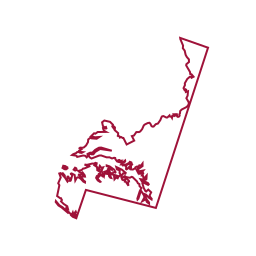 the State of Maryland, rotated 108°
{"feature_id": "USA-3557", "entity_name": "Maryland", "entity_type": "State", "adm_level": 1, "iso_a3": "USA", "parent_name": "United States of America", "parent_adm1": "", "projection": "natural_earth1", "projection_center": [-76.6, 38.826], "detail": "fine", "context": "isolated", "style": "outline", "palette": "rose", "viewbox_px": 256, "rotation_deg": 108, "n_neighbors": 0, "source": "natural_earth", "source_scale": "10m", "svg_char_len": 6028}
<svg xmlns="http://www.w3.org/2000/svg" viewBox="0 0 256 256"><g transform="rotate(108 128 128)"><path d="M202.1,177.3L195.8,176.7L192.5,179.3L191.7,178.1L193.0,175.7L191.8,176.4L191.2,176.0L192.7,173.5L194.6,172.7L197.7,169.0L197.1,168.8L195.4,170.1L193.0,170.5L192.7,170.1L192.7,169.7L194.0,168.7L194.3,168.2L194.0,167.8L196.2,167.0L196.0,166.4L195.4,166.2L190.8,166.4L189.9,166.6L189.5,168.0L189.1,168.2L188.6,167.6L189.2,164.2L194.2,161.9L191.5,161.4L190.6,160.9L190.2,159.8L190.9,157.3L192.8,153.9L193.1,152.1L192.2,152.3L191.7,154.0L189.0,157.2L187.6,161.1L187.4,159.1L186.1,157.4L186.3,156.6L187.6,156.1L187.9,155.2L187.5,153.9L186.3,154.6L184.2,157.6L185.0,158.4L185.1,160.0L184.2,162.0L182.2,159.0L180.5,158.2L179.8,156.8L176.3,152.8L175.7,153.3L176.4,155.9L176.3,157.2L176.0,157.2L175.7,155.6L172.9,151.1L172.3,149.2L171.2,148.2L171.2,146.9L172.7,146.7L173.3,148.5L173.8,148.6L174.7,145.4L177.5,144.2L177.3,143.6L178.0,142.9L177.6,142.0L176.7,141.9L176.2,141.9L175.3,143.3L172.7,143.1L174.1,141.1L173.1,139.5L175.9,139.9L178.5,139.2L177.5,139.9L178.5,140.7L179.3,140.5L180.6,141.6L181.6,141.3L183.4,142.8L185.3,142.9L187.2,140.6L187.9,137.9L187.6,137.6L185.9,140.8L184.7,141.3L181.0,139.5L181.6,137.6L179.7,138.3L178.8,137.9L181.0,136.0L178.2,136.3L177.8,135.6L178.3,134.7L178.1,133.6L176.7,136.6L175.0,134.3L175.4,133.2L176.6,133.4L175.1,131.9L174.2,132.4L173.3,134.4L172.5,134.0L172.2,132.3L172.6,130.9L171.6,131.7L171.6,133.2L170.9,134.2L170.9,136.5L170.2,136.7L170.2,133.6L171.9,128.2L173.9,126.2L174.2,126.3L173.9,127.2L176.1,129.0L176.1,130.2L177.9,132.0L179.8,131.0L180.8,129.4L180.7,128.5L179.1,130.0L177.7,130.3L176.9,128.7L177.2,126.8L181.0,125.0L178.7,124.0L179.0,122.3L178.4,122.2L178.0,123.9L176.8,125.0L176.8,121.7L175.3,120.8L174.5,120.8L173.3,122.2L170.8,122.8L170.8,125.7L168.7,127.1L169.5,121.0L171.4,116.3L172.3,116.4L172.7,118.6L175.9,119.5L176.8,119.2L178.9,117.5L179.1,116.3L178.1,114.8L179.7,114.4L179.4,114.0L182.8,109.7L179.8,111.3L178.7,110.9L179.3,110.1L177.8,110.9L176.1,115.1L176.5,117.2L175.9,117.3L174.7,116.1L175.2,114.7L175.0,112.4L174.7,110.8L173.3,109.4L173.3,108.4L176.0,103.0L177.5,101.5L177.8,99.9L179.7,99.1L181.0,96.7L184.5,97.3L192.2,97.3L193.1,96.8L192.0,96.3L185.5,96.3L184.2,95.5L187.0,92.2L188.7,90.9L193.1,91.7L191.1,89.9L190.6,88.9L192.5,87.2L193.4,84.6L192.3,85.0L190.1,88.2L185.7,92.1L185.8,90.2L187.8,86.7L188.7,83.5L188.0,83.6L186.7,85.6L185.4,86.6L182.0,86.1L180.3,89.7L182.8,91.1L182.7,91.8L180.2,94.5L176.2,97.2L175.4,96.4L175.3,95.3L175.9,91.3L175.1,90.9L174.2,92.0L173.6,96.3L174.5,98.3L172.8,100.3L172.4,97.6L171.5,95.0L170.9,94.7L167.4,95.6L170.4,96.9L170.3,97.9L170.6,97.9L168.7,99.1L168.9,100.1L166.4,99.5L166.1,99.8L167.9,102.5L167.4,103.4L165.5,101.0L163.7,100.3L165.3,103.3L166.5,104.4L167.6,104.4L165.2,106.9L165.4,105.6L164.9,105.4L164.3,106.2L163.0,106.1L163.2,105.0L159.7,102.4L157.3,103.2L159.7,104.0L160.0,105.7L161.2,105.9L162.1,107.9L163.2,108.8L163.8,108.5L166.0,110.5L166.6,112.9L166.0,114.2L165.5,113.0L164.9,112.8L163.0,113.5L162.0,113.1L162.1,113.7L167.0,115.9L167.8,116.6L167.6,117.2L165.4,117.7L164.9,118.7L162.4,116.8L160.5,113.6L159.7,114.2L159.6,115.8L160.9,116.2L163.5,118.8L164.3,120.7L165.1,121.2L164.5,121.9L164.8,123.1L162.8,122.2L161.7,120.8L160.3,120.4L159.8,120.7L161.3,121.6L163.2,123.8L163.1,124.9L161.2,124.2L161.8,125.5L161.1,126.2L161.5,127.2L163.2,126.9L163.2,128.0L161.5,130.4L160.5,130.9L160.6,132.0L161.9,133.8L161.6,136.6L162.5,139.3L162.4,145.1L163.1,146.9L168.3,153.3L167.8,155.1L166.6,156.9L165.1,156.7L164.2,156.1L164.3,154.4L163.7,152.8L160.9,151.8L156.6,148.1L154.6,136.4L154.9,147.5L155.7,149.5L157.4,151.1L159.0,152.5L162.4,154.2L163.2,156.4L165.2,158.5L167.2,157.6L168.7,158.2L167.7,160.0L167.8,161.2L168.1,162.3L171.2,167.4L170.3,168.4L171.0,172.8L169.8,172.0L167.7,169.4L166.8,169.1L166.0,167.7L166.3,166.2L166.0,164.4L164.9,163.4L165.3,165.2L164.4,167.3L162.7,165.8L162.1,167.8L161.5,167.4L160.7,164.8L160.0,163.9L157.6,162.5L153.8,161.7L151.2,162.3L148.9,160.8L149.1,159.5L147.9,154.5L145.4,152.5L147.0,156.4L147.3,160.6L143.5,158.6L143.5,157.3L141.2,155.6L138.5,147.7L138.2,149.3L137.2,150.8L135.6,151.9L135.1,151.7L135.4,148.9L135.0,148.5L133.8,149.3L134.7,150.5L133.8,152.5L130.6,154.4L128.2,152.8L127.7,147.0L129.5,143.4L131.4,143.4L132.2,142.3L130.5,142.9L131.5,140.6L134.2,139.9L135.9,135.8L137.9,135.2L139.4,135.4L138.4,134.7L138.8,132.9L139.5,132.7L138.7,131.5L139.2,130.0L138.9,129.3L144.1,124.2L138.1,118.2L134.5,121.8L133.3,120.0L129.3,118.8L128.5,116.3L127.5,115.3L124.7,114.2L120.7,113.8L119.6,113.2L117.3,110.9L116.4,109.3L116.8,108.3L119.0,106.1L119.1,105.0L118.7,104.1L115.8,102.8L114.5,100.9L110.5,99.7L107.3,99.5L106.3,99.1L105.7,97.9L106.2,94.8L105.8,93.8L103.2,92.4L104.1,91.7L103.9,90.3L104.8,89.3L102.5,89.6L101.9,88.9L102.4,87.8L101.7,87.0L100.7,88.5L99.8,85.8L101.8,84.8L102.0,83.9L101.3,83.0L100.3,82.7L99.2,83.4L97.9,83.1L95.8,83.6L93.9,82.7L90.4,79.2L88.3,77.9L85.9,77.7L84.6,78.4L81.6,81.7L78.8,81.3L74.5,82.3L75.8,84.0L73.6,84.5L73.4,85.3L74.5,85.9L72.9,87.5L69.6,87.1L67.9,87.8L63.1,86.8L60.1,85.0L59.7,84.0L60.6,83.1L59.0,81.5L57.3,84.2L57.4,85.5L55.6,86.3L50.5,92.0L49.3,92.2L46.4,90.4L43.9,91.3L42.3,94.0L40.6,95.8L36.9,98.0L35.2,100.5L32.6,101.1L27.4,105.6L26.2,106.2L26.9,76.7L195.4,76.8L199.9,148.9L227.9,149.3L228.0,149.7L227.7,150.5L226.4,150.2L227.3,151.9L227.0,152.7L224.2,151.4L223.6,151.9L225.7,152.7L226.0,154.0L225.4,154.4L227.2,154.6L227.5,156.1L224.3,161.9L222.8,162.0L223.2,160.3L221.2,161.6L220.1,165.7L218.5,169.0L216.9,168.6L215.5,170.1L215.8,170.6L214.6,174.4L203.6,175.6L202.1,177.3ZM219.8,174.0L222.7,169.4L223.6,165.7L226.6,159.3L227.6,158.0L224.0,166.8L223.2,170.2L220.7,173.9L219.8,174.0ZM186.2,177.9L185.0,177.5L185.1,177.9L183.9,177.9L183.6,175.7L184.5,175.3L185.3,175.8L185.8,175.3L184.1,174.1L184.1,173.6L185.1,173.1L186.5,174.2L186.8,175.7L186.2,177.9ZM184.4,166.8L182.1,166.1L182.3,164.8L183.7,163.8L184.8,165.1L184.4,166.8ZM229.8,149.3L229.5,153.1L228.2,156.0L229.1,149.3L229.8,149.3Z" fill="none" stroke="#9f1239" stroke-width="2"/></g></svg>